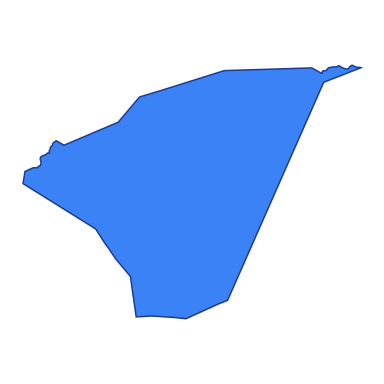 outline of San Pedro Jaltepetongo, Oaxaca, Mexico
{"feature_id": "50627088B194314119844", "entity_name": "San Pedro Jaltepetongo", "entity_type": "district", "adm_level": 2, "iso_a3": "MEX", "parent_name": "Mexico", "parent_adm1": "Oaxaca", "projection": "orthographic", "projection_center": [-97.045, 17.683], "detail": "fine", "context": "isolated", "style": "filled", "palette": "blue", "viewbox_px": 384, "rotation_deg": 0, "n_neighbors": 0, "source": "geoboundaries", "source_scale": "gbopen_adm2", "svg_char_len": 1533}
<svg xmlns="http://www.w3.org/2000/svg" viewBox="0 0 384 384"><path d="M361.0,67.7L360.1,67.4L357.2,67.3L355.2,66.8L352.5,65.3L352.0,65.4L351.4,65.4L349.6,66.9L348.7,68.3L347.8,68.9L347.1,69.0L346.5,68.9L345.3,68.9L341.1,67.2L340.6,66.6L340.2,66.2L339.0,65.9L338.1,65.9L336.9,66.8L332.2,67.0L328.7,67.8L327.6,68.6L326.3,70.5L323.2,70.8L322.3,71.7L322.0,73.2L320.9,73.0L311.8,67.9L224.3,70.6L191.2,81.0L156.7,91.8L139.6,96.9L118.2,122.2L64.0,145.2L56.1,140.7L54.6,142.1L53.5,142.6L52.8,143.6L52.6,144.4L52.5,145.0L52.0,145.8L51.6,146.3L50.9,146.7L50.7,146.9L50.5,147.3L50.3,147.8L50.2,148.4L50.1,149.3L49.7,150.0L49.3,150.6L49.3,151.2L49.3,151.9L49.3,152.6L49.3,152.9L49.2,153.1L48.8,153.0L48.5,152.9L47.9,153.0L47.4,153.2L46.8,153.6L46.4,154.1L45.9,154.7L45.5,154.9L44.9,155.1L44.2,155.1L43.9,155.2L43.6,155.5L43.0,155.8L41.9,156.2L41.3,156.4L40.8,157.0L40.5,157.7L40.2,158.5L40.2,159.2L40.4,159.8L40.6,160.6L40.9,161.5L41.0,162.2L41.0,163.3L40.8,164.3L40.5,165.0L40.4,165.6L40.1,165.8L39.8,165.8L39.1,165.8L38.7,166.2L38.4,166.5L38.0,167.1L37.6,167.4L37.2,167.7L36.6,167.7L35.9,167.8L35.4,167.8L34.9,167.7L34.2,167.7L33.2,167.9L32.2,168.1L31.6,168.5L31.0,168.8L30.7,169.0L30.1,169.1L29.5,169.4L28.6,169.7L28.0,170.1L26.8,170.6L25.9,171.1L25.1,171.3L24.9,172.1L23.0,183.6L95.7,229.0L105.4,244.1L108.3,247.9L115.9,259.2L130.4,276.4L131.4,283.4L133.1,295.7L133.3,296.6L133.6,298.9L136.2,316.9L151.8,316.0L173.4,317.4L186.0,318.7L217.2,304.5L227.6,300.3L323.7,82.3L361.0,67.7Z" fill="#3b82f6" stroke="#1e3a8a" stroke-width="1.5"/></svg>